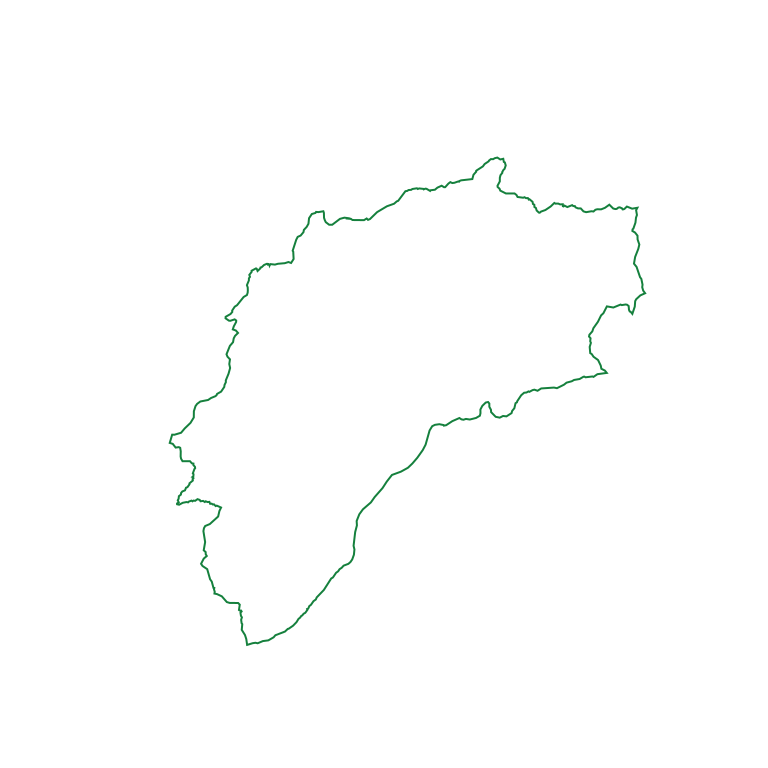 outline of Huye, Southern, Rwanda, rotated 36°
{"feature_id": "39286606B50862047870193", "entity_name": "Huye", "entity_type": "district", "adm_level": 2, "iso_a3": "RWA", "parent_name": "Rwanda", "parent_adm1": "Southern", "projection": "equal_earth", "projection_center": [29.71, -2.532], "detail": "fine", "context": "isolated", "style": "outline", "palette": "green", "viewbox_px": 768, "rotation_deg": 36, "n_neighbors": 0, "source": "geoboundaries", "source_scale": "gbopen_adm2", "svg_char_len": 6160}
<svg xmlns="http://www.w3.org/2000/svg" viewBox="0 0 768 768"><g transform="rotate(36 384 384)"><path d="M321.1,181.3L319.0,181.7L318.3,184.0L317.8,188.8L316.9,189.5L314.1,189.7L311.8,193.7L311.0,196.9L307.7,200.0L307.8,200.7L303.7,201.1L302.7,201.6L301.7,203.2L301.2,203.0L297.5,205.1L296.7,206.4L295.6,206.3L292.3,209.6L291.9,210.9L289.9,212.6L289.2,214.3L288.0,215.4L287.8,227.5L287.0,228.7L286.2,232.2L281.9,238.5L277.4,249.0L275.7,258.8L274.6,260.6L272.7,260.3L271.5,263.2L262.2,269.8L260.0,270.0L258.3,271.0L258.6,270.4L258.3,270.5L254.2,272.7L251.3,276.3L248.5,285.6L246.0,287.4L241.8,287.3L239.9,286.3L237.8,284.8L234.8,280.9L233.4,279.9L229.9,283.5L227.9,284.7L228.0,285.9L225.7,288.9L225.9,293.9L228.7,298.8L229.1,302.4L228.6,306.4L229.6,308.5L229.3,312.9L227.7,315.7L228.2,318.9L231.8,329.9L232.8,330.3L237.4,336.0L237.7,340.7L235.0,341.5L232.7,344.6L227.5,349.1L225.6,351.5L221.6,353.8L221.8,355.3L221.3,354.8L220.1,355.6L219.7,355.0L218.6,355.6L217.0,358.2L216.4,361.3L215.6,362.4L216.0,363.1L215.3,366.9L213.3,365.6L212.5,365.7L210.3,370.2L211.0,371.1L210.9,374.9L212.6,376.1L212.6,377.9L213.8,379.6L215.0,384.6L217.0,386.0L218.8,388.3L220.0,390.2L220.8,392.6L219.3,396.1L218.8,406.6L217.8,409.2L218.0,413.8L218.9,414.9L218.7,417.6L216.4,422.7L217.2,424.0L221.3,423.9L222.5,423.2L225.2,419.5L227.1,419.5L227.9,420.7L228.6,425.7L229.6,428.7L232.7,427.8L235.9,428.5L235.2,432.6L235.6,435.4L237.3,438.9L236.9,443.7L239.1,452.5L241.3,453.9L244.9,454.6L247.1,458.8L250.1,461.5L252.2,467.1L253.9,474.1L255.0,475.5L255.5,478.4L256.5,480.3L256.7,485.9L254.8,490.1L255.1,491.4L254.8,492.9L252.3,497.0L251.1,500.3L245.7,506.1L244.5,509.9L244.5,512.7L246.2,517.8L249.8,522.9L250.3,529.2L248.9,537.1L248.5,542.7L244.3,548.2L242.4,549.5L245.3,557.6L248.3,556.6L252.8,557.9L255.1,555.7L256.6,555.4L259.1,557.9L262.1,562.2L263.7,563.7L266.4,564.9L272.4,560.5L275.2,561.1L276.6,560.4L277.4,561.6L279.7,562.1L280.7,563.1L280.6,564.2L281.9,568.7L282.9,568.9L284.0,570.7L283.7,571.8L284.5,571.6L285.3,572.4L285.0,573.4L286.1,574.5L285.0,578.7L285.6,579.5L285.6,583.0L284.8,584.3L285.5,587.0L284.0,589.5L283.9,591.4L284.7,592.9L284.0,595.3L285.3,597.6L285.5,599.3L287.5,600.4L286.8,602.3L287.3,602.9L289.2,602.1L291.0,598.4L293.6,595.6L295.1,594.9L295.2,593.9L296.8,591.5L298.0,591.5L298.4,590.3L299.9,589.5L300.8,586.8L303.0,586.1L304.5,586.7L306.4,584.9L308.4,584.8L308.7,583.7L310.7,583.2L312.0,582.0L313.8,583.1L314.9,582.1L316.4,582.1L317.1,581.3L319.6,581.7L320.2,580.7L324.8,579.7L325.5,583.5L327.7,588.7L325.4,599.7L322.8,604.0L323.1,606.5L324.4,609.2L332.2,617.0L335.9,624.5L338.5,624.8L339.8,626.5L341.7,627.3L340.8,631.2L341.7,637.0L344.2,637.9L349.8,637.7L358.1,644.2L360.8,645.1L365.9,649.2L366.6,648.8L367.2,650.1L369.2,651.6L370.0,653.2L372.5,652.1L377.6,651.1L385.0,652.8L387.9,651.8L394.7,646.9L397.0,647.3L399.5,652.1L400.4,652.1L401.5,651.3L402.5,651.7L402.3,653.4L404.5,655.6L406.2,656.3L407.0,658.7L409.4,661.2L410.5,661.6L413.4,666.5L419.1,668.8L422.5,671.3L426.6,675.5L430.1,670.9L432.1,668.9L434.2,668.0L437.1,663.2L441.1,659.4L443.6,653.8L443.8,651.1L449.4,642.5L450.1,638.7L450.7,638.1L452.5,633.0L453.2,628.1L452.9,624.3L453.5,622.1L453.3,620.8L453.9,619.2L454.0,617.1L454.8,615.4L454.8,611.9L454.1,611.3L454.6,610.8L454.6,609.7L454.1,607.6L454.7,605.6L454.6,601.1L455.5,598.4L455.0,596.2L456.4,586.0L455.6,572.4L456.4,570.5L456.2,564.9L457.0,562.5L456.9,559.9L457.8,557.6L458.1,554.7L460.9,550.4L461.5,547.7L461.4,544.6L460.0,539.8L457.3,535.2L454.5,532.8L447.7,520.7L445.2,514.3L442.4,510.9L440.6,503.9L440.6,497.8L443.0,487.5L442.9,480.9L444.0,469.1L443.6,461.3L443.9,452.9L449.2,445.0L452.6,437.7L453.7,431.6L454.3,424.1L454.2,414.7L453.3,408.6L448.2,394.8L447.8,389.8L449.2,387.1L452.4,384.0L456.3,382.2L456.9,382.5L458.5,380.8L461.1,373.9L465.0,367.2L467.4,367.1L469.3,366.2L470.8,364.1L474.3,362.3L478.4,357.4L480.2,353.3L479.2,350.9L477.0,348.0L476.4,343.9L477.2,339.2L478.8,337.4L480.7,337.9L482.6,340.5L485.7,342.0L487.2,343.8L493.6,344.9L497.4,343.2L499.1,339.9L502.1,338.2L504.3,332.6L503.5,330.4L503.7,327.0L501.7,322.2L502.3,320.7L501.9,319.6L501.6,312.5L502.5,308.7L504.3,307.1L505.2,305.1L506.2,304.9L507.8,301.6L509.0,300.2L512.2,299.2L513.8,295.2L523.6,287.0L526.4,285.7L530.0,278.8L530.9,275.6L534.3,271.4L535.4,269.0L539.3,265.0L541.1,260.9L541.7,260.3L543.1,260.1L548.2,255.4L549.3,255.1L550.9,250.6L557.7,244.1L554.8,243.3L550.9,243.9L548.5,241.7L543.1,238.8L537.5,238.8L534.5,237.7L532.7,237.8L528.6,233.1L527.2,229.1L525.7,228.2L524.2,225.6L522.0,225.1L521.2,223.4L521.6,219.0L520.6,215.8L520.5,207.9L519.3,200.9L519.9,197.8L518.7,190.2L524.6,187.3L528.7,180.7L530.0,180.4L532.8,177.6L534.1,177.0L536.1,177.1L538.6,180.0L540.2,180.9L541.1,180.6L543.7,181.3L541.4,174.0L538.5,169.3L538.2,167.2L539.3,161.6L541.9,157.1L538.8,156.1L536.0,153.9L534.8,151.7L530.4,147.7L528.4,147.1L519.5,140.8L515.5,139.7L512.5,133.6L510.3,125.2L508.6,121.1L504.2,118.0L501.9,115.0L498.0,113.9L495.0,114.2L494.2,112.8L494.4,111.7L492.6,105.7L490.1,101.3L489.3,98.6L485.8,95.2L485.4,92.5L481.7,96.3L476.2,97.7L475.6,101.0L475.1,101.9L474.4,102.5L473.4,102.0L470.9,102.5L469.9,103.5L469.3,105.6L468.3,106.5L466.3,107.3L460.9,106.5L459.2,111.6L457.0,115.1L453.8,117.3L452.6,118.8L452.1,121.3L450.3,122.3L446.5,126.2L443.9,127.1L440.0,126.3L437.7,127.9L435.1,128.5L433.9,127.9L432.5,128.8L431.1,128.7L428.3,133.1L425.1,133.6L424.9,134.8L424.2,135.0L423.0,133.5L420.9,135.2L419.0,135.6L416.7,137.3L415.4,137.4L414.5,142.4L412.3,148.4L409.7,152.2L409.3,153.9L408.6,154.3L405.5,153.9L403.4,152.3L401.7,152.4L400.2,150.6L398.7,150.8L397.1,149.3L393.1,149.0L392.7,149.7L391.1,149.0L389.6,150.2L387.9,150.3L387.1,151.5L382.1,154.2L380.1,153.2L377.7,153.1L370.6,158.2L364.4,159.2L362.7,158.1L360.1,157.8L359.3,156.9L358.6,152.0L356.5,149.1L355.5,146.6L355.6,143.6L355.1,143.1L354.8,140.7L355.1,139.1L354.0,135.6L351.5,133.7L350.4,133.9L348.1,131.7L346.1,134.0L342.6,134.2L340.9,136.2L340.1,138.0L338.3,139.2L337.6,141.6L337.8,142.3L336.1,146.9L336.1,149.8L333.4,156.8L333.3,157.6L333.8,158.1L333.4,162.1L335.0,166.3L326.7,173.9L325.6,175.6L325.8,176.1L324.7,176.9L322.7,179.8L321.1,181.3Z" fill="none" stroke="#15803d" stroke-width="2"/></g></svg>